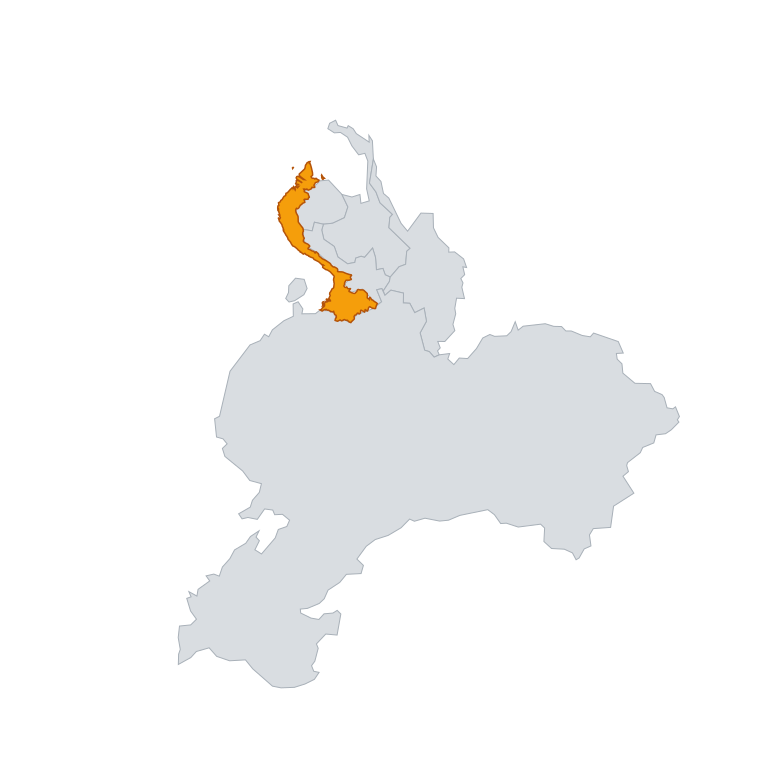 Vietnam highlighted, Robinson projection, rotated 164°
{"feature_id": "VNM", "entity_name": "Vietnam", "entity_type": "country or territory", "adm_level": 0, "iso_a3": "VNM", "parent_name": "Asia", "parent_adm1": "", "projection": "robinson", "projection_center": [106.111, 15.964], "detail": "fine", "context": "with_neighbors", "style": "filled", "palette": "amber", "viewbox_px": 768, "rotation_deg": 164, "n_neighbors": 5, "source": "natural_earth", "source_scale": "50m", "svg_char_len": 11025}
<svg xmlns="http://www.w3.org/2000/svg" viewBox="0 0 768 768"><g transform="rotate(164 384 384)"><path d="M372.2,577.8L369.9,564.2L376.2,554.8L389.0,552.7L398.2,554.3L406.3,558.7L410.8,551.0L419.5,555.1L421.8,562.6L420.6,576.1L404.0,584.8L408.4,591.6L398.0,592.4L389.4,596.9L381.1,595.3L372.2,577.8Z" fill="#d9dde1" stroke="#a8b0b8" stroke-width="1"/><path d="M398.2,554.3L389.0,552.7L376.2,554.8L369.9,564.2L372.2,577.8L363.3,572.6L354.9,572.8L356.4,564.0L347.7,564.1L346.9,576.4L338.1,602.8L338.8,611.0L345.2,611.3L349.2,621.6L351.0,631.3L356.5,637.8L362.5,639.1L367.6,644.9L364.4,649.6L357.8,650.9L357.0,645.1L349.0,640.2L347.2,642.2L343.3,637.9L341.6,632.3L331.6,620.6L330.0,627.2L328.1,621.0L332.2,603.2L342.6,581.1L338.8,570.8L337.9,559.3L329.1,544.7L332.5,542.6L336.2,532.9L321.5,507.3L325.6,505.3L330.2,493.1L337.1,492.6L348.5,485.1L352.7,488.6L353.2,495.4L359.8,495.9L357.3,507.8L357.5,517.8L367.8,511.1L370.8,513.1L376.5,512.8L378.5,508.9L385.9,509.6L393.3,518.8L393.9,529.9L401.9,539.7L401.4,549.2L398.2,554.3Z" fill="#d9dde1" stroke="#a8b0b8" stroke-width="1"/><path d="M419.5,555.1L410.8,551.0L406.3,558.7L398.2,554.3L401.4,549.2L401.9,539.7L393.9,529.9L393.3,518.8L385.9,509.6L378.5,508.9L376.5,512.8L370.8,513.1L367.8,511.1L357.5,517.8L357.3,507.8L359.8,495.9L353.2,495.4L352.7,488.6L348.5,485.1L350.6,481.0L359.0,473.7L359.8,476.3L365.0,476.6L363.6,463.7L368.7,462.1L378.6,481.2L390.7,481.3L394.4,491.1L388.2,494.1L385.3,498.1L397.1,504.8L411.4,528.1L418.8,535.9L421.3,543.8L419.5,555.1Z" fill="#d9dde1" stroke="#a8b0b8" stroke-width="1"/><path d="M348.5,485.1L337.1,492.6L330.2,493.1L325.6,505.3L321.5,507.3L336.2,532.9L332.5,542.6L329.1,544.7L337.9,559.3L338.8,570.8L342.6,581.1L332.2,603.2L331.3,594.8L334.4,586.2L331.1,579.5L332.0,567.3L328.1,561.4L323.3,533.7L319.2,524.4L301.4,538.1L289.8,534.4L293.4,520.5L291.6,510.0L284.1,497.0L285.4,492.9L279.7,491.5L273.0,482.3L272.5,473.2L275.9,474.9L276.3,466.9L281.1,464.2L280.2,459.4L282.5,455.6L283.1,443.9L290.6,446.5L295.1,437.2L295.7,431.7L301.3,422.3L301.2,415.8L313.8,408.1L320.6,410.1L320.0,403.2L323.4,401.1L322.8,396.8L328.4,396.0L331.5,402.6L335.6,405.3L335.2,423.2L325.9,432.6L324.5,446.0L334.8,444.1L337.0,454.5L343.1,456.6L340.2,466.0L351.5,472.3L358.7,469.0L359.0,473.7L350.6,481.0L348.5,485.1Z" fill="#d9dde1" stroke="#a8b0b8" stroke-width="1"/><path d="M439.9,510.1L431.9,506.6L431.6,497.0L436.4,491.9L447.0,488.7L452.7,489.0L454.9,493.3L450.6,498.2L448.4,504.7L439.9,510.1ZM173.2,238.7L173.2,232.4L179.7,229.5L173.9,210.2L197.0,203.3L205.7,183.7L222.7,187.3L228.1,182.3L229.7,171.3L237.0,170.3L244.4,163.0L247.8,162.1L249.4,169.7L256.2,175.5L268.3,179.7L273.7,188.5L269.3,201.3L272.1,206.1L294.4,209.5L304.8,216.5L310.3,217.7L313.9,228.0L318.9,234.6L347.4,236.8L359.5,235.3L368.3,236.9L381.6,243.7L392.6,243.7L396.6,247.1L407.2,241.1L421.8,237.3L435.3,236.9L445.8,232.9L458.3,223.2L453.8,215.3L458.3,208.1L472.6,211.4L481.2,205.5L494.6,201.3L500.7,194.0L506.7,190.9L519.4,189.4L526.5,190.7L527.2,186.8L518.7,179.1L511.5,175.6L505.0,179.6L496.2,177.9L491.4,179.3L488.9,174.8L498.3,155.6L508.9,159.7L520.6,152.8L520.1,148.1L526.9,136.6L531.3,133.2L530.7,127.2L525.9,124.7L532.3,119.3L542.6,117.4L553.7,117.1L566.7,120.3L574.5,124.3L588.7,146.4L593.2,157.0L608.7,160.5L619.9,168.3L624.8,178.6L638.1,178.6L645.1,174.3L659.0,171.1L655.9,180.9L653.0,185.0L651.7,197.0L647.3,207.7L636.2,205.7L629.1,209.6L632.5,219.1L632.7,232.3L628.1,232.6L628.8,238.2L622.3,231.7L619.3,237.9L605.8,242.7L607.9,248.6L600.0,248.2L595.3,244.7L589.8,252.6L580.3,258.6L573.4,265.7L560.8,269.0L554.4,274.2L544.6,277.3L549.2,272.1L547.0,267.7L553.8,260.2L548.6,254.4L531.0,266.0L525.7,273.3L516.7,273.8L512.3,279.1L517.5,286.7L525.1,288.5L525.7,293.5L533.2,296.8L543.1,288.8L551.6,293.2L557.6,293.5L559.5,299.3L546.5,302.5L542.5,308.5L533.7,314.2L529.3,322.0L539.6,328.2L543.8,339.3L556.9,358.2L557.1,366.6L551.3,369.7L553.9,375.7L559.6,379.2L556.4,397.3L551.0,398.3L528.5,438.7L502.0,458.5L491.1,459.8L485.2,464.8L481.8,461.2L476.4,466.8L462.8,472.4L452.5,474.1L449.3,486.0L443.9,486.7L441.3,478.5L443.6,474.1L430.5,470.5L425.9,472.4L416.1,469.4L411.4,464.9L413.0,458.4L404.1,456.3L399.4,452.1L391.1,458.1L373.9,459.4L363.6,463.7L365.0,476.6L359.8,476.3L358.7,469.0L351.5,472.3L340.2,466.0L343.1,456.6L337.0,454.5L334.8,444.1L324.5,446.0L325.9,432.6L335.2,423.2L335.6,405.3L331.5,402.6L328.4,396.0L322.8,396.8L312.5,395.2L315.8,390.4L311.5,383.4L304.5,388.2L296.6,385.4L285.3,392.6L276.4,401.0L268.6,402.4L264.5,399.3L252.7,396.5L247.4,399.3L240.7,407.7L240.2,398.8L234.3,401.2L212.4,397.5L204.9,392.6L197.5,390.3L194.6,384.9L189.3,383.3L180.1,376.0L172.7,372.5L168.5,375.2L147.1,360.2L145.5,347.8L152.2,349.3L153.0,343.6L149.7,337.8L151.4,328.6L142.6,315.5L127.7,310.9L125.9,302.3L119.6,297.1L118.4,293.8L118.5,283.1L113.2,280.5L110.1,281.7L109.0,271.3L111.9,268.7L111.0,266.1L120.4,260.8L127.1,258.6L136.5,260.1L140.9,253.0L152.8,251.7L156.6,247.3L171.6,241.3L173.2,238.7Z" fill="#d9dde1" stroke="#a8b0b8" stroke-width="1"/><path d="M425.1,472.9L423.5,473.0L422.5,474.0L421.9,474.4L420.8,474.8L419.7,475.4L419.3,476.4L419.1,478.0L417.3,479.2L416.8,479.0L416.4,478.6L415.9,478.7L415.5,478.9L415.0,478.9L414.6,479.1L413.9,479.1L413.0,478.6L412.6,478.6L412.5,479.0L413.1,480.8L413.3,481.6L411.3,483.9L411.5,485.4L411.0,486.6L409.8,487.5L407.5,489.9L406.5,490.0L405.8,490.5L404.1,494.5L404.1,495.8L403.8,496.8L403.9,497.8L403.1,499.7L402.4,500.5L402.2,501.5L404.8,506.7L406.6,508.8L407.3,509.4L408.3,509.9L409.9,511.8L410.8,513.0L410.4,513.8L410.6,515.5L409.4,515.0L409.5,515.2L411.0,516.1L413.1,519.5L416.9,523.0L417.5,524.8L419.2,525.9L421.1,527.6L421.0,528.0L422.8,529.4L423.6,530.3L423.9,531.2L424.4,531.4L424.9,531.2L425.8,531.1L426.4,532.1L427.2,533.0L427.6,533.8L427.9,533.7L428.2,533.9L428.4,535.0L429.5,536.3L430.0,537.5L431.3,539.5L432.2,540.7L433.7,541.9L434.4,544.1L434.8,546.1L435.7,548.3L436.3,549.3L436.3,551.2L436.8,553.1L437.3,554.3L437.5,555.6L438.5,559.0L438.3,560.0L437.9,559.0L438.0,562.0L438.3,563.6L438.2,565.5L438.5,566.2L439.2,568.3L439.7,569.1L439.7,571.8L439.9,573.1L439.3,572.3L438.8,571.4L438.2,571.9L437.7,572.6L438.5,575.5L437.6,575.2L437.7,579.1L438.1,580.0L438.1,580.4L438.0,580.9L437.7,580.4L437.6,579.8L437.5,580.2L437.2,580.9L437.1,581.7L437.4,582.4L437.5,583.0L436.9,584.4L435.9,584.5L435.4,587.4L433.8,587.6L432.6,588.9L431.1,589.4L429.8,590.7L428.4,591.9L426.6,592.3L425.7,594.3L424.1,594.5L421.4,596.2L420.4,596.9L419.6,597.2L418.4,597.9L417.7,597.1L416.7,596.8L416.1,596.1L415.9,595.0L415.6,595.4L415.5,597.4L415.3,597.9L414.8,598.1L413.9,597.5L413.1,596.4L411.9,597.2L412.8,597.2L413.2,597.4L413.6,598.2L413.6,598.6L413.4,599.1L412.3,599.2L410.5,599.0L411.9,599.8L413.1,600.2L413.7,600.7L413.7,601.1L413.0,601.7L412.4,602.5L412.4,603.5L411.8,604.0L411.4,603.9L410.3,603.1L407.2,599.9L407.7,600.8L410.9,604.4L411.5,605.6L411.6,606.4L410.7,607.4L409.6,607.4L407.9,606.1L405.2,602.8L404.2,602.4L407.0,606.1L407.5,607.0L407.9,608.0L407.6,609.2L401.0,612.6L400.0,614.1L399.2,615.9L397.9,616.9L397.1,617.8L394.9,618.4L393.7,618.2L395.0,616.5L394.2,615.9L394.2,611.6L394.5,606.8L395.0,604.5L395.9,603.9L396.9,603.5L396.9,603.0L396.8,602.5L396.3,601.6L395.7,601.3L394.7,601.1L394.0,600.1L393.5,600.2L392.7,600.5L392.2,600.1L392.0,599.4L390.3,597.8L390.7,597.6L391.7,596.6L394.2,596.5L394.5,596.4L395.8,595.0L396.5,594.5L396.6,594.1L396.2,592.4L396.5,592.1L397.6,592.3L399.1,592.9L400.0,591.7L402.9,591.2L403.5,591.3L404.4,592.7L404.7,592.7L405.3,592.4L406.9,593.4L407.5,593.5L407.2,592.0L407.6,591.0L407.5,590.7L404.8,588.4L404.5,587.8L404.5,585.7L404.3,584.9L404.4,584.0L405.2,583.8L406.0,582.6L406.9,582.7L409.3,583.5L409.8,583.4L410.0,583.3L410.0,580.5L410.8,580.3L412.8,580.1L413.5,579.3L415.1,579.0L417.3,576.8L417.9,576.5L418.5,576.3L419.0,576.3L419.7,577.0L420.2,576.6L420.8,575.8L421.1,575.0L421.3,573.8L421.1,571.9L420.5,569.4L420.5,568.3L421.7,563.7L421.6,562.8L419.6,557.5L419.3,557.2L419.0,556.0L419.3,553.2L420.2,552.3L421.0,550.1L420.9,549.4L420.8,548.2L420.9,547.6L420.5,546.3L420.6,545.9L421.2,545.5L422.0,544.0L422.2,543.2L421.3,541.7L419.1,539.8L418.5,539.2L417.6,537.7L417.4,537.1L417.6,536.7L419.3,535.7L419.6,535.4L419.8,534.9L419.6,534.4L418.6,533.9L417.9,533.3L416.4,531.7L415.0,530.9L414.7,530.4L414.3,529.1L414.1,528.9L413.2,529.8L412.7,529.7L412.4,529.3L412.2,528.8L411.3,527.5L411.1,525.0L410.8,524.1L410.1,523.6L409.2,522.0L408.6,521.2L406.0,518.9L402.9,515.3L402.3,514.2L401.9,512.5L400.6,510.6L400.0,510.3L399.4,510.2L397.7,508.5L397.2,507.8L397.0,507.3L397.0,506.8L397.2,505.9L397.5,505.4L397.6,505.0L397.3,504.7L396.1,504.2L393.4,503.3L392.3,502.7L390.7,501.3L387.4,498.9L385.6,498.1L385.3,497.7L385.3,497.3L386.6,496.4L387.0,495.7L386.9,494.7L386.5,493.8L386.7,493.5L388.9,493.4L391.7,494.2L392.1,494.1L393.6,492.6L394.2,491.7L394.3,490.9L394.6,490.4L395.4,489.6L395.5,488.9L395.1,487.9L394.7,487.6L394.3,487.4L393.2,487.5L393.0,487.3L392.8,486.1L392.4,485.6L391.2,485.2L390.2,485.1L390.0,484.9L390.4,484.4L391.6,483.6L392.0,483.1L392.1,482.6L389.8,480.6L388.3,479.6L387.4,479.2L386.9,479.2L385.3,480.1L384.4,480.7L383.6,481.8L382.8,482.0L381.2,481.1L378.7,480.4L377.7,479.8L375.6,476.3L375.2,475.6L375.6,473.6L375.8,472.9L376.2,472.2L376.3,471.5L376.2,470.9L375.9,470.6L375.2,470.3L374.9,469.5L374.5,470.6L374.2,471.0L373.7,471.1L373.4,471.0L373.2,470.6L372.9,469.0L372.7,468.4L371.7,467.8L371.3,467.0L369.9,465.3L368.8,464.1L368.3,463.1L369.3,462.1L370.7,460.1L371.0,459.4L371.2,459.1L371.6,458.9L372.1,459.0L374.1,460.0L375.1,460.7L376.1,462.1L376.6,462.3L376.8,462.2L378.1,461.2L378.1,460.7L379.4,459.3L379.7,458.7L379.9,458.7L380.2,458.8L381.3,460.6L381.6,460.7L381.9,460.4L382.3,459.1L382.8,458.5L385.7,461.3L385.9,461.2L386.2,461.1L386.4,460.7L386.6,459.8L387.0,458.9L387.9,458.3L388.6,458.2L389.4,459.3L390.1,459.4L391.6,458.3L392.1,458.1L393.2,458.1L394.2,457.1L394.5,454.9L394.9,454.5L398.0,452.9L398.9,452.2L399.6,452.6L400.5,453.4L401.0,454.0L401.5,455.3L402.9,455.7L404.4,456.9L405.6,456.8L405.9,456.4L407.4,456.4L407.7,456.6L408.3,457.5L408.6,457.7L411.2,457.1L412.0,457.5L413.5,458.6L412.7,460.2L412.1,460.7L411.6,460.9L411.3,461.7L411.1,462.9L411.3,463.5L412.1,464.1L412.3,464.6L412.4,467.6L413.0,467.3L414.4,467.9L414.9,468.2L415.4,468.2L415.7,468.5L415.8,469.2L416.3,469.6L417.4,470.5L418.3,470.6L419.1,471.7L419.9,471.4L420.2,471.9L421.9,471.7L423.0,471.2L423.5,471.3L425.1,472.9ZM386.7,598.0L386.9,598.6L386.9,599.9L386.5,601.2L386.6,601.7L386.3,602.1L385.6,599.7L384.8,598.6L384.6,598.2L385.1,598.3L386.0,597.6L386.4,597.6L386.7,598.0ZM421.5,476.1L420.1,477.6L419.6,477.5L420.1,475.9L420.3,475.6L421.1,476.1L421.5,476.1ZM416.0,481.4L415.6,481.5L414.8,480.6L415.2,480.1L416.1,480.4L416.3,480.6L416.3,480.8L416.0,481.4ZM420.7,479.4L420.2,479.7L419.6,479.7L420.3,479.1L420.7,478.4L421.0,478.2L421.0,478.8L420.7,479.4ZM414.4,480.7L414.2,480.9L413.4,480.1L413.7,479.4L414.3,480.2L414.4,480.7ZM417.5,597.9L416.6,598.6L416.6,598.0L417.3,597.7L417.5,597.4L417.5,597.9ZM412.4,617.0L411.7,617.3L411.5,617.0L412.4,616.3L412.4,617.0Z" fill="#f59e0b" stroke="#b45309" stroke-width="1.5"/></g></svg>